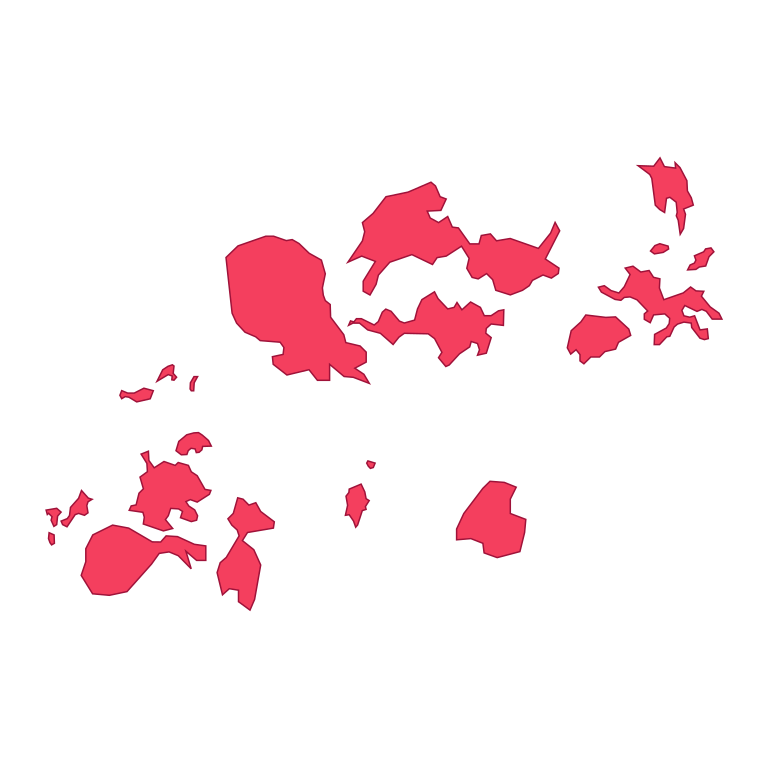 outline of Wando-gun, South Jeolla, South Korea
{"feature_id": "91817680B85222249357664", "entity_name": "Wando-gun", "entity_type": "district", "adm_level": 2, "iso_a3": "KOR", "parent_name": "South Korea", "parent_adm1": "South Jeolla", "projection": "albers", "projection_center": [126.779, 34.287], "detail": "fine", "context": "isolated", "style": "filled", "palette": "rose", "viewbox_px": 768, "rotation_deg": 0, "n_neighbors": 0, "source": "geoboundaries", "source_scale": "gbopen_adm2", "svg_char_len": 6100}
<svg xmlns="http://www.w3.org/2000/svg" viewBox="0 0 768 768"><path d="M286.3,240.6L273.6,236.2L265.8,236.2L238.0,245.9L226.0,257.5L232.1,313.2L236.6,323.1L245.0,332.2L255.7,336.8L260.2,340.6L280.1,342.2L283.9,347.5L283.1,354.4L272.4,356.7L273.2,364.3L286.9,375.0L309.0,369.7L317.4,380.3L329.6,380.3L329.6,364.3L344.1,376.5L353.3,377.3L369.3,383.4L363.9,374.3L354.8,368.2L366.2,362.1L366.2,352.1L360.1,346.0L345.8,342.6L343.8,334.7L330.6,317.2L330.2,304.5L325.3,300.6L323.3,295.2L322.4,287.9L325.3,273.8L321.4,260.1L309.2,253.3L299.0,243.5L292.2,239.6L286.3,240.6ZM430.2,218.0L427.2,211.1L440.9,210.4L446.2,199.0L440.1,196.7L435.5,186.0L431.0,182.2L408.1,192.1L386.0,196.7L373.1,213.4L362.4,222.6L364.7,231.7L362.4,240.9L347.9,262.2L361.7,256.1L375.4,261.4L363.2,281.2L363.2,291.2L370.0,295.0L376.1,284.3L378.4,275.1L389.8,262.2L411.9,254.6L432.5,264.5L437.1,257.6L446.2,256.1L461.5,246.2L469.1,258.3L466.8,268.3L472.1,277.4L478.2,278.9L486.6,273.6L492.7,279.7L495.8,290.3L510.3,294.9L522.5,290.3L529.3,285.7L532.4,280.4L543.0,275.0L551.4,278.1L558.3,273.5L559.0,268.1L545.3,259.0L559.7,230.8L555.1,222.4L550.6,233.1L538.4,248.4L510.2,238.5L496.5,240.8L490.4,233.9L481.3,235.5L479.0,243.9L469.8,243.9L458.4,227.9L452.3,227.1L447.7,216.5L438.6,222.6L430.2,218.0ZM128.7,528.1L112.6,525.1L92.8,534.9L85.8,548.7L85.8,561.7L81.2,575.4L92.6,593.8L109.4,595.3L127.0,591.6L151.5,564.1L159.2,553.4L169.1,551.9L178.3,555.7L191.2,568.8L185.9,551.2L196.6,560.4L205.8,560.4L205.8,545.9L194.3,544.3L177.5,536.6L166.1,535.9L160.7,542.0L152.3,541.9L128.7,528.1ZM447.7,308.9L438.0,298.6L434.5,291.8L421.9,299.6L417.5,308.9L414.6,320.1L404.3,323.0L399.4,321.1L391.1,311.3L385.8,309.1L382.3,312.2L378.3,321.6L374.2,325.0L361.4,318.7L356.4,318.7L353.9,321.9L350.5,320.9L348.6,325.3L353.0,323.1L359.5,323.1L367.7,329.9L380.4,333.3L393.1,344.5L398.9,337.2L404.3,333.3L428.2,333.8L434.6,338.6L441.9,352.3L438.5,357.7L445.8,366.5L449.2,365.0L459.5,353.8L469.7,346.9L471.2,341.5L477.5,343.5L479.5,349.8L477.5,355.2L486.3,353.2L491.2,337.6L485.8,333.2L486.3,328.4L491.2,324.0L503.4,325.4L503.8,309.8L498.5,310.8L491.1,315.7L484.3,315.7L480.4,307.4L470.6,302.0L461.9,309.8L457.0,302.5L454.1,307.4L447.7,308.9ZM524.6,532.5L525.8,519.4L510.3,513.5L510.3,499.1L516.2,487.2L504.3,482.4L490.0,481.3L482.8,488.4L463.8,513.5L456.6,529.0L456.6,539.8L470.9,538.6L482.9,543.3L484.1,552.9L497.2,557.6L519.9,551.6L524.6,532.5ZM148.9,460.5L148.4,451.2L141.1,454.1L146.9,463.4L147.4,471.7L140.0,477.1L143.4,488.8L139.0,493.2L136.1,504.9L131.2,505.9L129.2,510.3L142.9,512.3L144.3,517.2L143.3,524.0L163.4,530.9L172.7,528.5L165.4,519.6L168.3,515.7L170.7,508.4L178.6,508.9L182.5,511.4L180.5,517.7L191.3,521.6L196.6,520.2L197.6,515.8L194.7,509.9L188.8,506.0L185.9,501.6L190.3,499.6L197.2,502.1L209.4,494.3L210.9,490.4L205.0,489.4L197.2,475.7L191.3,471.8L188.4,465.4L178.2,462.5L175.2,465.4L164.0,461.5L154.2,467.8L148.9,460.5ZM633.0,266.2L625.2,268.1L630.1,274.5L624.3,286.7L618.9,293.0L611.1,290.6L604.3,285.7L598.4,287.2L601.4,292.1L615.0,299.4L620.9,300.3L624.3,297.4L630.1,296.9L637.0,299.8L647.7,311.0L644.3,313.9L644.3,319.3L650.2,322.7L653.6,314.9L664.8,313.9L669.7,318.3L669.2,323.6L666.3,328.0L654.6,334.4L654.2,344.6L659.5,344.6L666.8,336.8L669.8,336.3L674.1,327.0L677.5,324.1L683.9,322.1L691.2,323.1L691.7,327.5L700.0,338.2L704.4,339.6L708.3,338.6L707.3,328.9L700.0,329.9L694.6,315.8L689.7,317.2L683.9,315.8L681.9,310.4L684.8,305.5L697.0,311.4L701.9,309.4L706.3,311.3L712.2,319.1L721.9,319.1L719.0,313.2L710.2,306.9L701.4,296.2L703.8,291.3L696.0,290.9L690.6,287.0L683.3,292.9L663.8,299.7L659.4,288.0L659.9,278.8L653.5,277.3L649.1,270.5L640.8,272.0L633.0,266.2ZM243.1,499.2L237.7,497.8L233.3,513.4L227.9,518.8L231.8,525.1L237.2,530.0L239.1,535.9L226.3,557.4L220.2,562.7L217.1,572.6L222.5,594.8L229.3,588.7L238.5,590.2L238.5,601.7L250.0,610.1L254.6,599.4L260.7,565.0L253.8,549.7L242.4,540.6L247.5,532.5L273.4,528.1L274.3,521.8L260.7,511.5L255.8,502.7L248.9,505.1L243.1,499.2ZM605.8,317.4L585.8,315.0L580.9,321.9L571.2,330.7L567.3,347.8L570.7,354.1L576.1,349.7L580.0,354.6L580.0,360.9L583.9,363.8L590.8,357.0L599.5,357.0L604.9,351.6L615.6,349.1L618.5,342.3L630.7,335.4L628.8,329.1L615.6,316.9L605.8,317.4ZM660.0,157.9L653.7,166.2L638.1,165.7L649.8,174.5L651.8,178.4L655.3,205.2L659.7,209.5L664.6,212.5L666.5,198.3L669.9,197.3L676.2,202.2L677.2,212.4L676.3,215.8L678.2,220.2L680.2,234.3L683.6,228.5L685.5,214.3L683.6,209.0L693.3,205.1L691.3,197.8L687.4,190.9L686.9,180.7L680.0,167.6L675.1,162.7L675.6,168.1L664.4,166.6L660.0,157.9ZM357.6,525.0L362.3,510.6L366.1,509.4L365.4,506.6L369.2,500.6L366.1,498.7L364.8,491.9L361.1,484.1L349.2,489.1L348.9,492.5L346.0,496.2L347.6,505.3L345.4,515.3L349.2,514.7L353.5,521.0L355.7,527.2L357.6,525.0ZM202.6,446.4L211.3,446.1L208.5,440.5L202.3,435.1L198.5,432.6L193.8,432.9L186.7,434.8L178.8,441.4L176.0,450.7L181.3,454.8L186.9,454.5L188.2,450.7L191.0,448.3L195.1,448.9L196.3,452.6L199.1,452.3L201.9,449.8L202.6,446.4ZM88.0,512.8L86.8,505.6L88.0,501.8L92.1,499.3L88.3,498.1L81.5,490.5L78.6,498.3L70.5,507.4L69.5,515.5L67.3,518.6L61.1,521.1L62.6,524.6L67.0,526.8L75.2,514.6L78.6,513.4L84.5,515.3L88.0,512.8ZM153.3,390.7L143.9,388.2L134.2,393.1L127.7,393.1L121.7,390.6L119.9,395.3L121.7,398.7L125.2,396.6L128.9,397.2L136.7,401.9L150.2,398.8L153.3,390.7ZM695.9,269.4L699.3,267.0L705.7,266.0L709.0,256.7L713.9,251.8L711.0,247.9L705.6,248.9L703.7,251.8L694.4,255.8L695.9,260.1L694.4,263.1L690.1,265.0L687.6,269.9L695.9,269.4ZM176.6,377.2L173.2,373.4L174.0,366.0L172.4,364.8L168.0,366.3L162.7,369.8L157.0,381.3L168.2,374.6L172.2,376.0L171.8,379.8L174.0,380.2L176.6,377.2ZM61.1,512.1L56.7,508.3L46.1,510.1L47.3,514.5L48.6,513.3L52.0,516.7L51.1,520.2L53.9,526.4L56.7,524.6L57.6,516.1L61.1,512.1ZM663.2,252.4L668.6,249.0L668.1,246.1L659.8,243.7L654.9,245.6L650.5,251.0L654.4,253.9L663.2,252.4ZM193.7,390.8L194.2,382.8L197.6,376.6L194.0,376.6L190.4,382.8L190.1,389.0L191.3,390.8L193.7,390.8ZM54.4,543.3L54.1,534.9L49.1,532.7L48.5,538.6L50.0,542.7L51.6,544.9L54.4,543.3ZM373.3,467.5L375.1,463.1L367.9,460.9L366.7,463.1L368.3,466.2L370.4,468.4L373.3,467.5Z" fill="#f43f5e" stroke="#9f1239" stroke-width="1.5"/></svg>